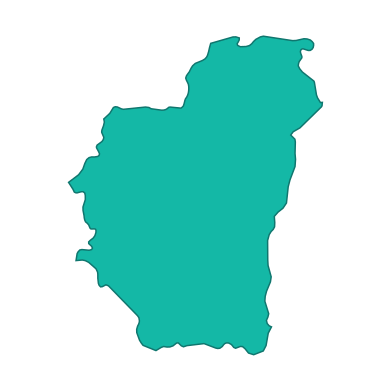 outline of Seien-et-Marne, rotated 184°
{"feature_id": "FRA-5342", "entity_name": "Seien-et-Marne", "entity_type": "Metropolitan department", "adm_level": 1, "iso_a3": "FRA", "parent_name": "France", "parent_adm1": "", "projection": "mercator", "projection_center": [2.98, 48.614], "detail": "fine", "context": "isolated", "style": "filled", "palette": "teal", "viewbox_px": 384, "rotation_deg": 184, "n_neighbors": 0, "source": "natural_earth", "source_scale": "10m", "svg_char_len": 3043}
<svg xmlns="http://www.w3.org/2000/svg" viewBox="0 0 384 384"><g transform="rotate(184 192 192)"><path d="M68.2,290.5L68.3,287.1L68.8,286.0L88.8,263.5L95.2,259.2L97.5,255.7L93.0,251.8L92.4,249.1L91.9,237.6L91.0,231.8L91.0,224.6L95.1,210.9L96.4,203.9L97.0,187.6L100.1,182.2L104.8,177.9L108.2,173.4L107.3,167.3L107.2,163.0L108.4,160.3L110.3,158.1L112.0,154.9L113.2,148.9L111.7,129.5L111.0,124.0L107.1,112.9L107.5,107.8L110.7,98.3L111.7,93.0L111.7,88.1L107.0,75.9L107.6,72.5L108.8,69.1L107.8,66.0L105.7,63.9L103.3,63.0L106.1,56.5L107.4,44.0L109.8,38.4L119.1,34.0L124.4,35.3L128.2,39.4L130.8,41.3L133.0,41.3L137.6,39.2L139.5,39.9L141.5,42.1L142.6,42.9L144.9,43.9L147.0,43.9L148.7,43.1L149.8,41.9L151.0,40.0L153.3,38.1L155.4,37.7L157.5,38.0L169.4,41.6L186.3,38.4L189.7,37.0L191.9,37.8L195.1,40.5L196.8,40.3L200.2,37.2L203.2,35.9L206.1,35.6L209.5,35.9L211.9,34.8L216.9,31.3L230.1,35.6L231.9,37.6L234.0,40.5L237.3,47.9L237.6,51.1L236.9,54.4L236.0,56.5L235.5,58.5L235.5,60.0L236.2,62.9L237.7,64.8L268.8,92.6L271.4,93.4L274.9,91.3L276.6,91.0L278.1,92.4L279.0,94.3L279.9,99.3L280.2,103.3L280.6,105.5L282.4,108.7L290.1,114.6L293.7,116.1L296.7,116.5L302.9,115.5L302.3,122.5L301.5,124.3L299.9,126.3L297.8,126.9L290.5,126.7L288.1,127.6L287.4,129.1L288.3,130.8L291.4,133.3L291.6,135.0L290.0,136.8L287.3,139.2L285.8,141.7L285.0,145.0L285.1,147.0L285.5,148.0L285.8,148.2L287.0,148.4L289.5,148.1L290.5,148.2L291.0,148.6L291.6,149.6L292.7,151.9L294.3,153.5L296.1,154.8L297.1,156.7L297.7,158.8L298.0,160.7L299.4,166.0L299.7,169.4L297.9,177.0L298.2,181.0L298.9,183.5L300.6,184.7L302.6,184.5L306.6,183.1L307.9,183.1L309.4,183.7L310.9,186.4L315.8,193.0L306.3,201.3L302.5,207.2L300.9,213.0L299.3,217.0L297.1,219.1L294.5,220.0L291.9,220.1L288.5,220.9L287.3,221.9L286.9,223.6L287.9,225.6L290.3,229.4L290.5,230.4L289.9,232.2L285.3,236.1L284.1,238.3L283.8,240.4L286.2,245.1L286.3,246.4L286.1,247.8L284.9,251.9L284.3,255.6L285.1,258.7L279.5,264.7L276.3,270.8L274.5,271.7L272.4,271.6L268.2,270.0L266.2,269.7L244.3,273.5L240.9,273.3L238.5,272.2L227.9,271.5L225.7,271.8L223.8,272.5L222.7,273.3L221.0,274.9L219.7,275.2L208.9,274.9L207.5,276.1L206.6,277.3L206.0,279.7L205.5,282.7L205.0,284.5L203.9,286.3L203.1,288.3L202.6,290.4L202.4,292.5L202.4,294.7L202.6,296.9L203.1,299.1L204.2,301.2L205.4,303.2L206.2,305.2L205.7,307.3L204.8,309.0L203.5,311.0L203.2,311.4L201.4,315.7L200.2,317.9L197.7,320.5L190.8,323.9L188.4,325.6L186.9,327.5L186.1,329.3L185.2,333.2L184.6,337.2L183.7,341.6L162.0,349.5L159.0,349.8L155.6,349.0L155.5,347.0L156.3,345.0L157.3,343.1L156.7,341.4L154.0,340.3L148.2,340.9L144.9,342.1L142.7,344.1L141.1,346.4L139.0,348.7L134.6,351.5L131.7,352.4L102.2,350.0L98.7,350.4L91.0,352.7L87.9,352.7L84.6,351.9L82.6,350.4L81.1,348.7L80.9,346.8L81.2,344.6L82.2,342.8L83.9,341.5L85.9,341.3L91.3,342.6L92.2,342.3L93.4,341.2L93.7,339.5L93.1,337.6L91.9,335.0L91.8,334.4L91.8,333.5L94.2,329.5L94.7,327.4L94.8,325.2L93.1,322.4L90.3,319.4L78.2,311.2L77.9,310.7L77.5,309.7L74.6,297.5L73.3,294.6L70.1,290.2L68.2,290.5Z" fill="#14b8a6" stroke="#0f766e" stroke-width="1.5"/></g></svg>